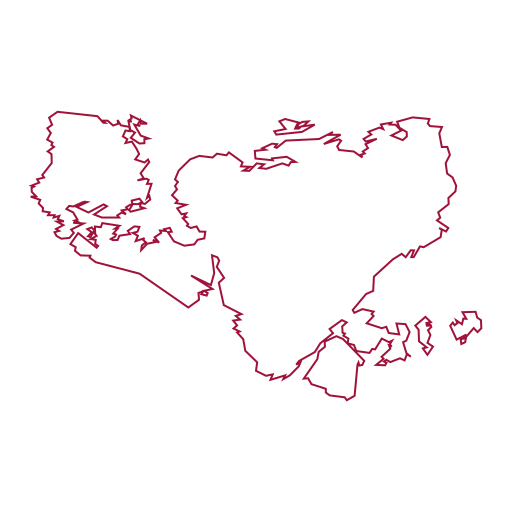 Tysnes nor, Hordaland, Norway
{"feature_id": "86288312B12130707961185", "entity_name": "Tysnes nor", "entity_type": "district", "adm_level": 2, "iso_a3": "NOR", "parent_name": "Norway", "parent_adm1": "Hordaland", "projection": "equal_earth", "projection_center": [5.536, 59.979], "detail": "fine", "context": "isolated", "style": "outline", "palette": "rose", "viewbox_px": 512, "rotation_deg": 0, "n_neighbors": 0, "source": "geoboundaries", "source_scale": "gbopen_adm2", "svg_char_len": 6051}
<svg xmlns="http://www.w3.org/2000/svg" viewBox="0 0 512 512"><path d="M412.7,117.4L397.1,121.7L399.4,127.7L406.7,132.1L406.8,136.5L402.7,140.1L391.4,135.5L401.1,130.6L395.6,124.8L389.7,124.5L391.1,122.7L380.9,124.5L383.2,129.1L379.4,127.6L368.4,131.8L371.3,134.5L363.6,138.9L365.8,141.5L376.8,138.8L365.5,144.2L368.0,148.1L362.8,151.5L364.7,153.5L360.3,154.9L362.0,156.3L361.6,157.0L353.8,151.5L339.1,150.0L337.2,146.3L341.1,140.7L338.9,139.3L323.8,144.0L340.6,134.7L328.8,134.9L332.9,132.0L319.1,139.0L285.7,140.6L276.7,147.9L274.8,147.1L277.1,144.2L272.1,143.7L262.3,148.2L265.6,149.7L254.8,150.9L255.4,158.5L272.9,160.3L272.0,158.4L286.7,156.8L295.5,161.9L290.8,162.1L288.6,165.6L282.3,163.4L266.2,168.8L259.4,168.0L264.1,164.3L256.7,163.4L249.3,170.9L243.4,170.6L250.0,166.8L240.9,166.4L242.6,162.4L228.9,152.4L226.4,155.3L217.0,153.7L212.6,157.5L199.3,155.9L190.2,159.3L178.7,170.6L175.0,179.4L177.9,182.0L175.0,186.0L177.0,189.4L172.0,195.2L177.7,200.6L175.6,203.0L186.0,204.8L177.2,208.3L181.5,214.3L186.2,213.4L184.2,216.1L186.3,217.1L182.8,218.2L188.2,224.0L186.9,225.7L190.7,228.0L196.6,226.4L199.5,231.6L205.3,231.7L204.3,238.4L197.6,239.8L194.3,244.4L184.3,245.7L173.9,241.3L167.9,232.2L171.7,231.7L169.8,227.9L164.2,229.2L165.9,231.0L160.0,230.5L161.1,232.9L154.6,237.3L159.1,242.6L153.0,239.8L155.2,242.1L147.1,243.8L141.2,250.1L141.8,245.5L145.9,242.3L143.0,239.8L144.5,238.2L135.7,241.1L137.9,235.7L132.8,232.9L137.5,231.7L139.4,226.9L134.3,226.4L127.8,230.9L130.0,234.1L119.4,235.7L117.6,240.0L112.9,240.1L110.8,239.0L115.2,236.5L116.1,234.5L113.2,233.6L117.6,228.7L114.9,228.7L119.4,225.8L102.3,223.1L100.8,227.2L94.9,226.5L95.1,231.2L91.7,227.4L87.3,229.1L91.7,232.1L88.0,236.3L90.5,237.0L93.5,232.0L96.6,235.9L90.7,239.1L95.7,239.8L95.2,243.9L98.1,245.9L96.6,247.7L78.2,233.1L70.4,244.1L75.7,247.2L75.0,250.8L80.6,255.4L90.4,255.7L89.6,257.6L95.7,262.2L139.6,273.7L188.3,307.5L199.0,299.8L198.5,292.9L203.2,291.4L201.4,294.2L206.6,295.6L207.7,293.1L204.0,290.8L212.5,289.0L191.0,275.5L210.9,285.1L214.2,273.2L212.0,255.3L217.4,257.3L219.2,260.6L216.8,266.9L224.1,277.9L218.8,282.7L223.8,305.1L241.4,314.1L235.8,315.9L240.1,319.6L233.2,320.6L237.1,325.4L233.5,328.5L239.6,331.5L237.1,332.5L243.2,339.1L245.3,350.8L257.2,362.3L256.0,370.8L266.0,375.8L272.7,374.4L270.5,379.8L285.1,375.4L283.3,379.1L289.8,375.4L298.7,366.4L300.4,362.5L296.2,364.6L299.2,360.9L314.8,352.1L320.3,343.3L333.0,333.2L329.6,329.0L341.9,320.1L346.7,322.4L342.2,326.4L342.6,332.8L344.9,333.6L343.4,335.7L348.4,338.6L347.6,343.3L354.0,345.0L356.3,351.0L369.5,352.9L372.2,348.9L375.1,349.4L381.8,338.6L388.9,342.1L392.0,340.7L389.8,344.3L391.7,346.6L389.0,345.4L390.3,348.7L381.6,356.8L383.6,358.8L376.1,364.9L385.1,365.3L386.5,362.8L384.0,361.5L386.4,359.8L390.3,362.1L400.0,358.3L404.6,360.4L406.9,354.1L410.8,356.7L406.4,353.1L403.1,342.2L406.3,340.6L409.6,332.1L405.5,324.1L396.5,323.5L399.2,334.4L388.7,333.0L386.3,326.8L381.7,328.2L366.7,323.3L373.6,316.0L371.6,314.0L373.6,311.6L362.4,309.1L354.3,312.8L352.7,310.0L366.1,294.0L373.2,290.9L373.9,276.7L392.8,259.4L401.7,253.8L405.7,257.2L410.7,250.3L414.0,250.4L411.3,257.1L413.7,257.1L420.0,246.4L423.7,247.2L440.6,237.2L441.8,229.6L439.1,228.0L446.0,231.5L448.3,228.0L437.0,220.4L440.2,217.7L438.2,212.3L448.7,204.1L448.4,198.0L455.4,191.4L456.2,185.8L452.6,177.5L447.1,173.5L445.7,163.1L449.9,154.9L447.3,146.9L441.8,147.0L439.3,133.3L442.0,127.0L430.0,126.1L427.8,123.5L429.4,119.0L412.7,117.4ZM57.5,111.8L49.1,117.7L52.1,124.8L47.3,128.2L50.8,133.0L47.2,139.6L52.5,142.6L51.4,145.0L54.0,146.9L47.7,151.4L51.5,154.1L51.7,163.1L42.3,175.0L44.1,177.5L37.1,179.3L39.2,182.6L31.4,185.7L33.9,186.6L31.6,187.8L31.8,191.9L36.1,196.3L30.7,196.7L40.2,199.8L38.7,203.5L43.0,207.9L42.7,211.3L49.7,212.4L48.0,215.2L54.6,215.2L53.7,217.5L59.3,215.9L57.8,219.2L63.9,221.3L56.9,221.6L63.4,225.1L56.0,229.0L59.1,230.9L54.5,232.2L56.5,235.9L61.3,238.7L69.5,237.9L73.8,232.9L71.2,229.6L83.6,223.5L73.2,222.8L77.8,222.0L74.6,220.6L77.5,219.7L73.2,212.4L66.4,209.0L69.2,205.9L73.3,206.5L82.3,202.4L84.5,201.7L87.2,202.1L76.6,206.9L88.4,212.5L103.6,204.4L106.9,206.2L94.1,214.5L101.8,217.5L119.1,217.5L117.3,215.4L121.8,212.5L126.0,214.3L121.8,210.4L127.7,209.3L126.1,207.3L130.2,204.7L132.4,204.7L129.1,210.2L130.6,211.7L144.3,208.2L140.1,206.7L140.5,204.2L132.3,204.0L131.7,200.6L139.5,198.7L142.1,202.0L140.4,202.9L144.9,203.9L150.2,199.6L149.3,195.8L147.0,197.9L151.5,183.8L147.0,183.9L148.7,179.9L146.4,178.7L137.4,180.4L143.8,178.4L140.6,173.3L149.2,162.1L148.0,159.6L144.6,162.5L135.2,159.4L139.1,154.0L136.5,148.7L131.9,141.6L125.5,143.0L127.3,139.2L122.9,136.4L125.5,130.5L130.0,131.2L129.4,126.9L120.8,125.3L117.6,120.0L118.1,123.8L113.1,125.5L107.7,120.7L102.3,120.7L105.1,122.8L103.3,122.7L97.5,116.2L57.5,111.8ZM336.4,336.2L324.7,341.6L324.9,346.8L318.7,351.8L317.3,359.2L303.8,378.6L308.1,378.3L311.5,384.2L325.8,388.8L325.8,392.5L329.7,395.4L344.7,397.3L346.8,400.2L354.6,395.8L357.5,364.6L358.5,362.5L359.3,365.5L362.3,365.0L364.2,360.8L343.0,339.0L336.4,336.2ZM475.6,311.8L462.5,312.2L466.3,318.8L463.3,318.6L462.0,324.2L456.2,320.3L457.4,323.1L454.6,325.2L452.8,322.6L450.2,325.7L456.6,339.6L466.5,334.5L463.2,336.5L465.2,338.3L460.7,339.2L461.3,344.0L465.2,342.2L466.0,337.1L473.7,328.1L477.5,332.1L481.3,328.3L481.0,320.2L477.2,317.6L475.6,311.8ZM425.4,316.9L415.3,325.6L418.6,329.7L419.0,341.3L426.7,347.4L422.9,348.4L427.4,354.8L433.0,346.6L427.5,342.9L430.4,334.9L428.0,330.2L431.3,327.0L430.5,324.7L426.9,323.5L429.6,325.6L426.9,325.7L426.4,323.0L430.8,322.1L425.4,316.9ZM285.1,119.0L279.4,121.3L285.6,129.0L274.3,131.3L276.3,134.6L302.0,131.9L314.8,124.6L303.1,126.3L308.4,121.4L302.3,121.9L298.1,124.3L297.5,127.5L300.8,126.6L299.0,128.6L295.1,128.6L297.1,124.3L299.0,123.4L299.2,122.7L285.1,119.0ZM147.1,123.7L130.9,115.5L131.6,118.5L129.1,120.1L131.7,121.6L128.5,121.5L130.3,130.0L135.0,132.6L130.8,137.8L139.4,143.5L144.4,143.2L144.4,139.2L148.7,138.5L140.7,135.6L134.3,124.6L140.2,126.0L137.8,124.4L140.2,120.3L140.9,123.7L147.1,123.7Z" fill="none" stroke="#9f1239" stroke-width="2"/></svg>